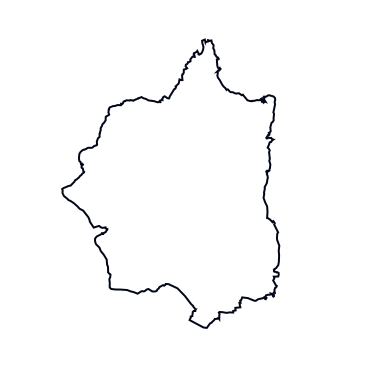 Capusu Mare, Cluj, Romania (Natural Earth projection), rotated 63°
{"feature_id": "2599482B21022816483302", "entity_name": "Capusu Mare", "entity_type": "district", "adm_level": 2, "iso_a3": "ROU", "parent_name": "Romania", "parent_adm1": "Cluj", "projection": "natural_earth1", "projection_center": [23.238, 46.782], "detail": "fine", "context": "isolated", "style": "outline", "palette": "ink", "viewbox_px": 384, "rotation_deg": 63, "n_neighbors": 0, "source": "geoboundaries", "source_scale": "gbopen_adm2", "svg_char_len": 5943}
<svg xmlns="http://www.w3.org/2000/svg" viewBox="0 0 384 384"><g transform="rotate(63 192 192)"><path d="M232.3,305.3L235.6,306.5L239.5,308.6L240.6,308.5L241.8,307.9L244.1,304.5L246.1,300.6L249.9,294.3L252.8,291.7L254.4,289.7L257.9,286.6L257.5,282.3L257.6,281.6L258.7,280.1L258.8,278.7L258.3,276.7L258.7,274.8L262.6,272.5L263.9,270.0L264.1,268.4L263.2,267.2L262.9,265.6L262.0,264.2L261.8,260.1L262.8,259.5L262.8,258.4L262.0,257.2L263.5,254.7L271.2,248.7L281.5,245.5L291.4,243.7L294.1,242.7L294.8,242.9L297.3,242.3L298.3,242.4L298.4,242.1L298.7,242.6L299.5,243.1L298.8,244.5L299.3,245.8L302.7,248.1L302.4,249.7L303.2,250.0L305.0,252.3L317.8,243.4L319.4,241.2L319.8,240.5L317.3,235.6L317.3,233.7L316.9,233.0L316.3,230.7L315.5,229.3L316.0,228.6L316.0,227.8L316.5,226.9L316.2,226.2L316.5,226.0L316.4,225.6L317.6,225.4L314.5,223.8L313.3,222.9L311.6,222.8L311.4,222.0L313.1,219.1L315.0,216.7L315.7,215.2L316.4,213.0L318.1,210.0L316.7,209.3L317.3,206.9L314.9,206.0L316.7,201.3L312.3,200.1L312.8,199.0L310.7,198.4L310.7,197.3L308.7,195.1L312.0,190.3L317.1,185.9L317.9,184.6L317.6,181.6L318.8,177.1L318.6,175.6L320.6,175.4L321.0,175.0L320.2,173.7L318.7,174.3L317.7,173.0L317.9,171.3L318.9,169.2L318.8,167.7L318.4,167.7L319.0,167.1L321.9,167.1L322.2,166.9L322.0,166.2L319.0,165.1L319.0,164.7L318.6,164.4L318.7,163.9L318.9,163.8L316.8,163.1L315.2,161.5L315.0,161.0L315.2,160.4L314.2,159.1L313.0,159.6L307.6,159.8L306.4,157.9L305.5,157.7L305.3,157.2L304.7,157.3L306.4,153.5L305.0,152.2L303.3,151.6L302.2,152.4L302.1,153.1L301.6,153.3L300.3,154.9L299.5,154.9L298.6,153.8L298.2,153.9L298.0,151.7L296.3,148.3L293.8,146.4L287.9,143.1L283.9,141.5L279.5,138.6L273.4,137.9L272.0,137.4L267.9,135.0L267.1,133.6L258.4,133.6L257.4,132.4L255.0,132.7L254.8,132.8L255.4,134.0L251.6,135.1L251.3,135.5L249.9,136.1L249.3,136.9L243.7,133.6L238.9,131.6L234.2,131.5L229.7,130.9L226.5,128.5L225.2,128.1L222.0,125.5L220.7,125.1L218.2,121.5L216.7,120.2L215.5,119.6L214.0,118.1L211.9,117.3L210.4,117.3L209.3,116.4L208.5,116.7L208.3,116.4L207.4,116.4L207.1,115.4L208.3,114.4L208.0,113.2L207.2,112.9L206.2,111.8L203.1,109.7L199.4,109.0L197.6,107.5L191.6,105.3L190.1,103.8L188.3,103.9L186.8,104.4L184.8,101.9L183.1,100.4L183.0,100.0L183.4,98.9L182.3,96.9L182.2,95.7L181.3,96.6L179.8,96.9L179.4,98.0L178.3,99.0L178.0,99.7L178.5,100.1L178.2,101.2L177.5,101.2L175.6,98.0L176.2,97.4L176.1,97.1L175.3,96.5L174.3,96.5L174.5,96.0L174.3,95.9L173.6,94.3L169.8,92.8L166.9,90.1L166.5,89.8L166.1,88.0L165.2,86.7L163.1,85.7L159.6,83.4L158.1,83.4L151.6,78.2L149.5,77.6L147.5,75.9L145.8,75.4L143.9,76.0L141.0,79.1L140.5,80.1L140.7,83.1L139.7,84.5L139.9,84.8L141.5,85.2L141.8,85.8L145.1,85.5L144.5,86.1L144.8,87.1L144.2,87.4L144.4,87.7L142.8,87.6L143.2,88.2L143.7,88.1L143.3,88.8L140.3,87.3L140.4,88.5L141.0,89.6L140.3,91.4L139.6,92.2L139.0,95.4L138.4,96.2L138.4,97.2L137.9,97.6L137.7,98.6L135.4,101.0L128.4,102.5L128.4,103.7L125.3,105.4L124.3,108.0L123.4,109.1L121.6,110.3L120.6,112.2L119.5,112.8L117.0,113.4L116.5,114.1L116.7,114.9L114.3,115.2L112.3,116.0L110.4,116.3L107.4,116.5L105.5,116.4L102.3,116.9L100.7,116.8L99.5,116.4L98.1,115.2L96.6,114.5L96.3,114.6L96.2,115.1L95.7,113.7L96.1,113.3L96.2,112.8L95.3,110.7L94.5,111.1L93.9,111.0L93.9,112.3L92.1,112.4L90.1,111.8L85.2,109.7L85.8,108.0L85.5,107.8L85.0,108.1L84.2,107.7L83.3,108.5L81.7,108.9L81.1,108.7L79.6,109.3L76.0,107.8L73.5,107.8L71.1,106.1L68.2,106.6L65.8,105.9L65.4,107.7L64.7,108.0L64.1,108.7L64.7,108.9L65.0,108.7L64.9,109.0L65.2,109.4L64.8,110.2L64.9,111.5L64.2,111.7L64.5,112.0L62.0,111.4L61.8,114.3L64.1,115.2L67.9,115.9L70.0,117.3L71.9,119.3L72.9,121.1L72.9,123.2L72.3,123.7L71.4,123.2L68.8,123.3L69.1,123.7L69.3,124.7L69.3,127.2L69.6,127.3L69.6,127.7L69.1,128.1L70.4,127.7L72.9,128.2L72.8,128.5L71.9,128.3L71.6,128.8L71.8,130.5L73.2,133.4L74.8,133.9L74.9,135.8L74.5,136.8L75.4,137.4L75.8,138.3L75.8,139.7L77.3,140.7L79.5,140.1L79.7,141.3L79.2,143.7L82.0,145.2L83.1,146.9L82.9,147.2L83.7,148.0L87.9,149.7L87.3,150.9L86.0,152.0L89.3,154.6L90.4,158.5L90.9,158.3L92.1,159.6L92.4,160.1L92.3,161.1L96.8,168.5L98.2,169.8L97.8,170.7L96.9,171.5L94.3,172.9L94.4,174.6L95.1,175.3L95.3,176.1L96.7,176.6L96.2,177.2L96.1,179.0L97.6,179.4L97.5,179.7L96.6,180.4L96.7,181.1L96.5,181.8L93.7,184.7L90.7,189.1L88.2,190.8L86.4,192.7L84.5,193.9L84.3,196.5L84.0,197.0L84.4,197.5L84.1,198.2L84.2,199.3L84.0,200.0L84.1,200.7L83.8,201.3L84.1,202.8L83.0,203.8L82.6,204.9L82.1,205.2L82.1,206.2L80.6,208.6L80.5,209.2L80.7,210.2L80.4,210.6L80.4,211.9L81.5,213.1L81.4,213.6L81.9,213.9L82.0,214.6L81.5,215.1L82.0,215.2L82.4,215.9L80.7,218.9L80.5,221.0L79.6,223.5L79.3,226.8L80.0,228.1L80.7,228.3L81.1,229.1L81.7,229.3L83.1,230.3L85.5,230.7L85.7,231.7L85.7,233.7L85.9,234.7L89.0,236.5L90.6,239.4L90.7,240.3L91.2,241.3L92.1,242.0L93.6,244.3L95.7,245.4L96.7,246.6L97.9,247.3L98.1,247.9L100.9,249.3L101.4,251.3L103.7,253.8L106.9,255.2L107.1,255.9L106.7,257.0L106.9,257.8L106.6,258.7L107.2,260.2L107.1,261.3L105.5,264.4L105.4,265.6L105.6,267.2L105.4,267.6L105.5,268.5L105.1,269.4L105.1,270.7L105.8,273.3L107.0,275.1L110.9,277.6L113.4,278.3L114.6,277.7L116.7,278.2L116.8,277.1L118.0,276.7L118.5,277.5L118.6,278.4L120.0,279.3L120.5,279.3L121.4,278.6L124.3,279.4L125.2,279.0L125.5,279.3L126.0,281.8L126.6,282.8L127.0,284.8L127.7,286.0L128.1,288.0L128.4,288.8L128.5,290.9L129.4,292.0L131.2,297.3L130.8,298.3L130.5,300.3L130.5,301.3L130.2,304.3L130.4,306.3L132.0,306.6L134.0,307.8L137.3,308.0L142.1,305.9L143.2,305.7L144.8,304.3L148.2,302.4L153.0,300.5L155.8,299.8L159.2,297.4L167.4,295.8L170.4,296.0L172.2,296.5L179.1,295.7L179.9,290.8L180.3,290.0L182.1,289.3L183.3,288.1L184.3,285.1L185.2,285.5L186.6,284.2L187.3,284.8L187.5,285.6L188.6,287.3L188.4,288.3L188.7,289.4L188.0,290.5L188.9,290.6L188.4,291.6L188.4,297.0L189.4,299.4L191.1,300.4L192.9,301.0L195.1,301.2L199.5,299.7L203.3,300.1L207.6,299.1L213.5,298.7L218.4,300.7L220.0,300.7L221.2,301.1L225.5,303.2L226.9,302.9L228.5,302.1L230.7,303.5L232.3,305.3Z" fill="none" stroke="#020617" stroke-width="2"/></g></svg>